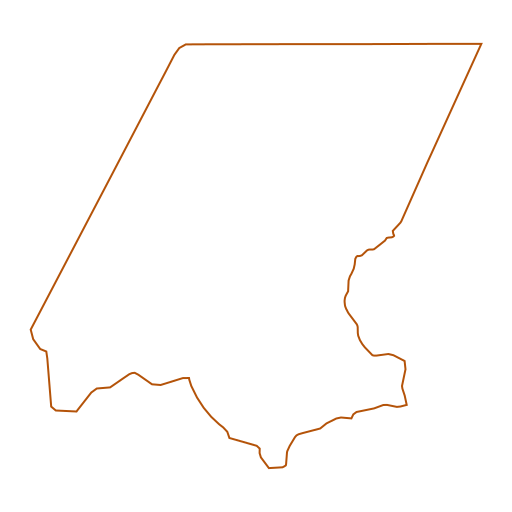 map outline of Huehuetenango (Robinson projection)
{"feature_id": "GTM-1943", "entity_name": "Huehuetenango", "entity_type": "Department", "adm_level": 1, "iso_a3": "GTM", "parent_name": "Guatemala", "parent_adm1": "", "projection": "robinson", "projection_center": [-91.471, 15.613], "detail": "fine", "context": "isolated", "style": "outline", "palette": "amber", "viewbox_px": 512, "rotation_deg": 0, "n_neighbors": 0, "source": "natural_earth", "source_scale": "10m", "svg_char_len": 1746}
<svg xmlns="http://www.w3.org/2000/svg" viewBox="0 0 512 512"><path d="M30.7,329.6L45.9,300.6L78.0,239.3L110.1,178.0L138.0,124.6L157.8,86.7L165.3,72.4L174.4,54.8L179.3,48.0L185.8,44.4L204.2,44.3L260.1,44.2L316.0,44.1L371.9,44.1L427.7,43.9L481.3,43.9L431.6,153.2L427.7,161.7L401.3,221.3L400.4,222.7L392.8,230.9L393.3,233.9L393.8,234.7L394.1,235.8L393.3,236.6L391.8,237.3L388.3,237.6L386.7,238.0L385.0,240.6L374.1,249.2L372.8,249.5L370.2,249.5L368.9,249.6L367.8,250.0L366.9,250.5L361.9,255.3L360.2,255.9L358.7,256.1L357.4,256.0L356.3,256.9L355.3,258.8L354.7,264.4L353.7,268.8L351.3,274.0L350.0,276.2L349.1,278.9L348.6,280.6L348.1,291.3L345.8,295.5L345.0,297.7L344.8,299.0L344.6,300.5L344.6,301.9L344.9,304.8L345.1,306.0L345.5,307.2L346.4,309.4L347.0,310.3L347.4,311.3L348.6,313.4L356.8,324.3L357.4,325.7L357.7,327.1L357.8,333.0L358.2,335.7L359.9,340.1L362.3,344.1L364.8,347.3L372.4,355.2L374.0,355.6L376.4,355.6L388.2,354.0L393.4,355.2L404.6,361.0L405.5,369.3L402.0,386.0L402.4,388.6L404.7,395.6L406.7,404.9L400.5,406.5L396.9,406.9L387.0,404.9L383.3,405.0L374.1,408.4L356.5,412.0L353.3,414.4L351.4,418.4L341.0,417.5L336.3,418.5L326.5,423.4L320.2,428.5L302.6,433.1L298.5,434.3L296.5,435.4L295.0,437.1L289.7,445.9L287.3,451.1L287.0,452.3L286.1,464.0L285.8,465.4L284.1,466.5L282.5,467.3L268.9,468.1L260.9,457.4L259.6,453.1L259.7,448.6L256.7,445.8L229.4,438.0L227.3,431.8L223.2,427.4L219.2,424.3L211.2,416.8L203.7,407.8L197.0,397.5L191.3,386.0L189.3,379.8L189.0,378.0L182.8,378.1L160.6,385.0L152.0,384.3L138.3,374.7L134.7,372.8L132.0,373.1L129.3,374.2L122.4,378.9L110.1,387.4L96.8,388.5L91.3,392.5L77.6,410.0L76.5,411.5L55.8,410.5L51.2,406.6L47.3,358.4L46.3,351.5L40.2,349.0L33.2,339.2L30.7,329.6Z" fill="none" stroke="#b45309" stroke-width="2"/></svg>